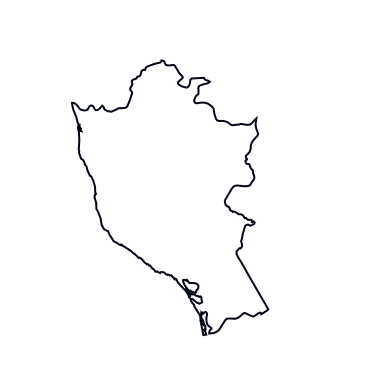 Oaxaca, orthographic projection, rotated 57°
{"feature_id": "MEX-2723", "entity_name": "Oaxaca", "entity_type": "State", "adm_level": 1, "iso_a3": "MEX", "parent_name": "Mexico", "parent_adm1": "", "projection": "orthographic", "projection_center": [-96.38, 17.163], "detail": "fine", "context": "isolated", "style": "outline", "palette": "ink", "viewbox_px": 384, "rotation_deg": 57, "n_neighbors": 0, "source": "natural_earth", "source_scale": "10m", "svg_char_len": 6040}
<svg xmlns="http://www.w3.org/2000/svg" viewBox="0 0 384 384"><g transform="rotate(57 192 192)"><path d="M318.2,260.4L304.4,254.9L301.4,253.0L298.6,252.5L290.2,252.4L288.6,252.2L287.6,251.6L286.6,252.0L285.4,252.2L282.9,252.1L281.6,251.8L281.2,251.2L281.5,250.5L282.2,249.9L287.4,248.2L289.7,246.6L290.0,243.8L289.4,243.2L287.1,242.5L285.6,241.6L285.1,241.4L284.7,241.5L284.2,241.7L283.9,243.0L282.6,243.5L281.6,244.6L281.6,244.8L279.1,246.0L278.1,247.6L277.3,248.2L276.6,247.2L276.4,246.5L276.5,245.7L277.1,245.1L278.0,244.6L278.5,243.9L277.9,242.9L277.0,242.0L276.4,239.7L276.0,239.2L274.4,237.8L273.7,237.6L272.1,237.8L270.7,238.6L269.6,239.7L267.0,243.6L266.4,244.0L262.9,244.1L263.2,245.2L262.8,245.5L262.0,245.7L261.7,246.0L261.0,247.1L261.1,247.7L262.3,248.1L265.0,248.8L267.0,248.9L270.8,248.7L272.8,248.3L273.4,247.9L274.4,246.6L274.9,246.5L275.2,247.5L273.4,248.4L270.9,249.0L269.1,249.2L271.1,249.7L276.6,249.5L278.3,250.2L279.3,251.6L278.9,251.9L275.8,251.0L271.2,251.2L261.0,253.0L258.8,253.0L257.6,252.7L256.0,252.8L255.6,253.2L256.0,254.0L255.3,254.3L253.7,254.0L253.0,254.6L251.0,254.6L250.1,255.3L250.0,256.2L248.8,256.5L248.1,257.1L248.1,257.8L247.9,258.0L247.1,258.2L246.6,258.7L244.7,259.0L243.8,259.6L242.3,261.6L242.6,262.9L241.9,263.2L241.0,264.0L239.5,264.6L239.3,265.5L238.9,266.1L235.4,266.2L235.2,266.8L230.6,267.3L230.1,268.1L228.4,268.3L228.1,269.1L225.2,270.2L222.6,270.4L219.7,271.0L218.3,271.9L218.3,272.6L215.6,273.1L212.2,274.0L211.7,274.5L207.4,275.5L206.9,276.1L204.8,276.7L203.1,277.7L201.8,278.0L200.2,279.1L199.5,279.2L199.2,279.6L198.6,279.9L197.9,279.6L197.3,280.2L197.4,281.1L192.7,283.3L190.7,284.5L187.7,284.4L183.2,284.5L179.0,283.7L178.1,284.6L176.7,285.2L175.7,285.9L174.6,286.1L171.9,285.7L171.5,286.0L168.0,284.7L164.0,282.9L156.6,281.5L154.1,281.4L149.0,278.3L143.5,276.7L141.8,275.4L142.1,275.2L141.1,273.5L140.2,273.6L138.6,272.8L135.2,270.7L132.4,269.7L128.8,268.6L127.7,268.6L124.1,268.0L122.7,268.7L117.2,268.0L113.0,266.5L111.3,266.9L107.8,266.0L105.2,266.0L103.9,266.8L98.4,265.7L97.3,265.2L96.1,264.2L94.6,263.8L88.1,258.9L85.9,257.5L79.7,254.0L77.5,253.3L75.6,252.4L74.5,251.2L78.1,252.2L79.9,252.5L80.7,251.7L79.8,251.7L78.2,250.6L77.4,251.2L76.2,250.7L75.0,250.3L74.5,249.6L74.2,249.5L73.9,249.9L73.1,250.3L71.9,250.2L65.9,248.2L58.2,246.7L53.0,244.7L51.8,244.3L51.7,244.1L51.8,243.9L52.7,242.9L53.8,242.1L55.0,241.6L56.5,241.2L61.4,240.9L62.8,240.1L64.4,238.5L65.7,236.8L66.1,234.9L64.3,231.4L64.3,229.9L65.1,228.8L66.6,228.1L69.7,228.5L70.9,228.1L71.0,227.9L71.4,227.4L71.9,225.6L71.7,223.8L70.7,220.3L72.2,219.9L74.7,220.3L75.5,220.2L78.2,218.8L78.5,218.6L79.0,217.6L79.8,217.0L80.4,216.4L80.8,215.6L81.7,210.0L81.7,208.0L84.1,204.2L84.9,202.3L85.2,200.9L84.9,199.6L82.8,196.5L79.2,191.6L76.4,188.3L75.7,188.0L73.2,188.1L71.8,187.8L70.8,186.4L70.0,184.6L69.2,183.3L66.9,182.5L66.0,181.8L65.7,180.6L65.9,179.2L66.4,178.0L66.5,176.8L65.6,175.1L66.1,173.5L66.2,172.6L66.0,171.7L65.6,171.2L63.2,168.6L62.9,166.9L63.1,166.1L64.0,165.1L64.0,164.8L62.6,163.0L62.4,161.6L63.2,157.6L64.4,152.8L66.2,148.0L66.0,147.1L65.0,145.9L67.3,144.0L69.3,144.7L71.3,144.6L72.9,143.0L74.2,140.9L75.0,138.8L75.5,138.1L76.2,137.7L76.9,137.6L85.5,137.9L90.3,137.1L90.9,137.3L91.3,137.9L91.8,141.4L92.2,143.3L92.6,144.1L93.3,144.6L94.2,144.7L97.2,143.4L97.9,143.0L100.9,140.3L101.7,139.1L101.7,138.5L101.3,136.7L100.8,136.0L99.7,134.5L98.9,133.8L97.6,132.8L96.9,131.9L96.7,130.8L97.0,129.7L98.3,127.6L102.3,120.5L103.0,119.8L103.8,120.0L105.4,119.5L107.6,117.8L109.3,117.0L109.4,119.5L107.8,124.2L107.1,126.8L107.2,128.8L107.9,129.7L108.8,130.4L110.8,131.5L112.9,132.9L113.4,133.6L113.6,136.3L115.9,139.9L116.6,140.4L117.4,140.8L118.3,140.9L119.2,140.7L119.8,140.2L120.3,139.4L122.2,135.3L124.1,132.6L126.6,130.5L130.2,129.0L132.9,128.5L134.1,128.6L138.2,130.5L143.7,132.0L145.6,131.9L147.2,130.6L148.4,128.6L149.6,127.0L151.6,125.0L152.3,124.4L155.9,123.1L157.8,122.0L158.5,121.0L159.5,118.5L160.8,116.3L161.2,115.3L161.4,114.0L165.2,109.9L166.4,108.1L167.1,106.2L166.9,104.1L165.6,99.8L165.3,97.9L169.3,101.4L171.3,102.6L173.5,103.5L178.0,104.5L179.3,105.0L180.3,106.0L182.2,113.0L183.5,115.5L185.1,117.5L187.8,119.3L189.2,121.0L189.8,121.9L191.1,127.1L192.6,128.1L194.0,127.9L194.6,128.1L194.8,128.6L194.6,129.7L195.1,130.3L196.6,130.9L197.4,130.9L198.2,130.8L199.3,129.4L199.7,129.0L200.5,128.9L202.5,129.5L205.0,129.7L206.7,129.3L207.3,129.4L209.8,130.6L212.6,131.2L214.3,132.1L215.4,133.9L217.0,138.0L218.0,139.9L216.9,143.0L215.3,145.5L211.0,150.7L210.1,153.2L210.2,154.9L210.8,156.6L216.8,168.6L217.6,169.5L221.0,170.8L222.8,170.3L224.9,169.2L226.3,169.3L227.9,169.9L228.6,169.8L229.4,168.9L230.9,168.7L231.1,167.5L231.3,167.3L234.4,165.5L235.9,165.1L237.4,163.1L238.6,162.3L239.9,162.0L242.6,162.0L242.6,161.5L243.1,160.8L244.8,160.6L246.0,160.0L246.7,159.0L247.4,157.7L247.8,157.3L249.8,158.1L250.1,157.8L249.6,156.8L249.9,156.4L251.9,156.2L252.4,156.8L252.6,157.6L252.1,161.5L249.9,162.7L249.5,163.4L249.2,165.6L254.6,172.0L258.4,175.6L259.9,177.5L263.0,178.6L264.5,179.4L265.3,180.5L265.7,181.9L265.7,182.4L265.0,182.9L265.0,183.1L266.2,187.1L268.2,188.4L272.0,188.9L279.2,189.0L294.5,190.0L331.8,191.9L332.3,193.4L332.3,195.2L332.2,200.5L330.6,200.2L330.0,201.3L329.9,203.0L330.0,208.0L329.7,208.7L326.3,211.0L322.8,213.1L322.0,213.9L321.8,215.1L322.5,219.9L322.6,221.2L322.2,223.7L321.8,224.9L318.4,229.5L317.2,232.1L317.8,234.6L318.4,235.7L321.7,242.9L322.5,245.0L322.7,246.8L322.4,249.2L321.8,251.5L321.3,252.3L320.0,254.6L318.8,253.7L318.0,252.8L317.6,251.9L317.3,250.2L316.4,249.8L313.9,250.9L311.5,251.3L308.9,250.6L306.5,249.2L304.4,247.6L303.1,246.2L302.2,245.7L300.9,245.5L299.9,245.9L299.8,246.8L300.0,247.9L299.9,248.9L299.5,248.9L299.0,248.6L298.7,248.8L298.8,249.2L300.1,249.5L300.1,249.9L299.5,250.2L298.7,250.2L304.2,253.9L307.4,255.2L309.0,254.8L304.5,253.1L304.5,252.7L306.0,252.8L308.5,253.7L309.6,253.9L311.2,253.8L311.8,253.9L314.8,255.6L314.8,256.0L314.0,256.0L314.0,256.5L318.2,257.3L319.4,257.7L318.2,260.4Z" fill="none" stroke="#020617" stroke-width="2"/></g></svg>